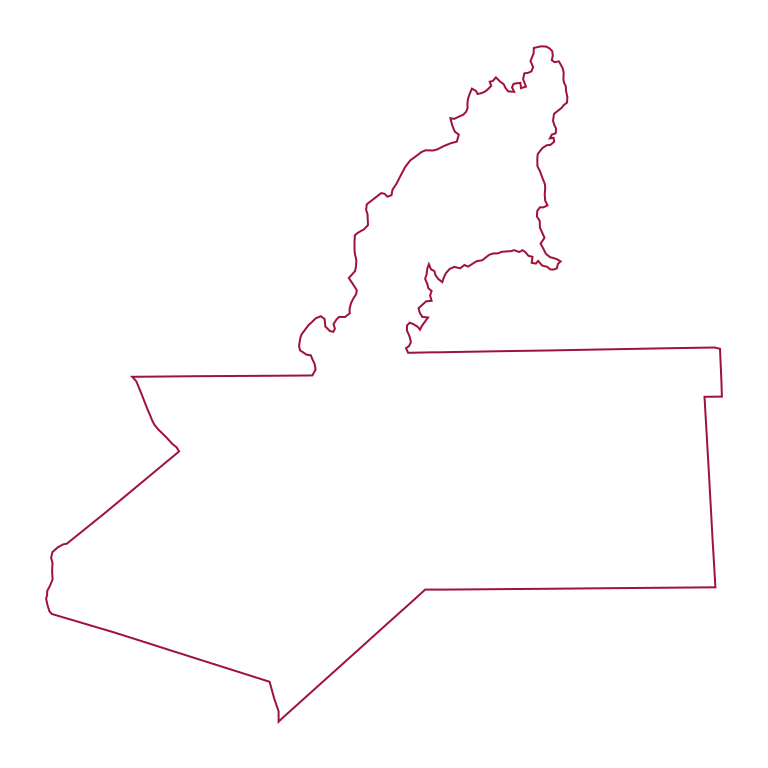 the district of Bacabal, Maranhão, Brazil
{"feature_id": "56859067B39031921407677", "entity_name": "Bacabal", "entity_type": "district", "adm_level": 2, "iso_a3": "BRA", "parent_name": "Brazil", "parent_adm1": "Maranhão", "projection": "natural_earth1", "projection_center": [-44.74, -4.12], "detail": "fine", "context": "isolated", "style": "outline", "palette": "rose", "viewbox_px": 768, "rotation_deg": 0, "n_neighbors": 0, "source": "geoboundaries", "source_scale": "gbopen_adm2", "svg_char_len": 3595}
<svg xmlns="http://www.w3.org/2000/svg" viewBox="0 0 768 768"><path d="M721.9,396.6L721.4,380.7L720.9,369.5L720.0,348.8L714.6,347.5L676.2,348.1L577.7,349.9L547.5,350.5L505.6,351.1L449.3,352.1L439.6,352.3L433.2,352.3L408.1,352.8L406.0,348.1L408.9,346.3L410.9,342.1L409.5,336.3L406.9,330.4L407.0,325.5L409.7,322.7L412.9,323.9L417.7,326.8L420.0,329.7L421.7,326.1L425.4,321.1L428.0,317.5L422.3,316.9L419.8,312.8L418.5,308.2L426.2,301.3L431.6,300.8L430.1,295.6L431.6,291.0L428.5,288.4L427.1,283.4L425.1,278.9L426.6,274.4L427.3,268.6L428.9,264.2L430.9,269.2L434.4,271.2L435.5,275.2L438.2,278.9L442.3,282.1L443.7,277.8L445.8,273.3L449.6,269.0L454.1,266.9L460.3,268.3L464.4,265.0L468.1,266.6L476.6,261.2L482.3,260.2L489.2,254.8L493.5,253.4L497.8,253.4L501.8,251.8L506.7,251.4L510.6,251.2L514.4,250.2L519.1,252.0L522.6,250.2L525.5,252.3L528.4,255.8L532.5,256.8L531.7,262.8L535.9,263.6L538.1,260.9L542.1,265.5L547.3,266.9L550.2,269.4L553.4,269.6L556.8,268.4L558.0,263.8L560.6,261.4L556.9,259.2L553.3,258.0L550.1,257.2L545.9,253.8L543.0,248.1L540.6,243.5L544.5,237.8L541.7,231.5L539.9,227.6L539.7,220.8L536.9,216.5L537.3,210.8L539.9,207.3L543.5,207.3L547.5,205.4L545.2,200.7L544.7,194.3L545.2,188.5L544.9,184.1L542.5,178.1L540.0,171.3L537.4,166.1L537.3,159.0L537.7,154.1L542.5,148.0L546.6,145.3L550.4,144.9L554.2,141.7L553.5,137.8L549.9,138.4L551.8,134.6L555.7,133.3L556.1,128.5L554.4,125.3L553.0,120.7L554.0,113.9L558.5,110.3L561.5,108.0L563.7,105.2L567.0,102.6L567.4,97.2L566.0,90.8L565.8,86.3L563.9,82.4L563.4,78.5L563.7,72.5L562.5,67.8L558.9,61.4L554.7,62.2L551.8,60.2L552.8,55.8L552.3,51.2L549.5,48.4L546.4,46.6L541.0,46.3L533.8,48.0L533.6,53.4L530.5,61.0L533.1,67.1L531.4,71.4L528.1,72.8L524.3,73.4L523.1,79.2L526.0,86.6L521.0,88.2L520.4,82.8L513.6,83.8L512.0,87.4L514.2,91.8L508.2,91.4L505.6,88.1L503.7,84.2L499.9,81.4L495.9,77.4L492.8,81.0L489.7,81.7L491.2,85.9L486.9,90.2L484.2,92.0L481.2,93.2L477.6,94.0L475.9,90.9L471.9,88.6L469.4,94.6L467.9,99.2L467.4,104.0L467.6,108.0L466.3,111.5L463.3,114.7L458.8,116.7L454.1,118.9L450.4,118.2L452.4,125.9L454.9,131.8L458.8,134.6L456.8,141.7L451.2,143.1L446.8,144.8L443.5,146.2L437.5,149.3L433.3,150.5L425.6,150.3L421.7,151.9L415.3,156.7L410.3,160.3L405.3,166.8L400.0,176.8L396.5,183.7L392.5,189.7L391.5,195.2L387.4,196.7L384.6,193.8L381.2,193.1L369.6,202.1L366.8,204.3L366.1,209.8L367.5,214.1L368.0,225.1L364.0,229.3L357.8,232.8L355.0,235.2L354.5,240.8L354.5,249.5L354.9,253.8L356.4,260.6L356.0,266.2L355.0,271.2L348.8,278.0L351.5,282.0L354.3,286.2L356.8,290.3L356.2,294.1L353.6,298.1L351.0,303.1L349.5,309.5L349.8,313.3L345.0,317.0L339.1,316.9L336.6,319.3L333.5,324.1L334.9,328.6L333.4,331.8L330.0,331.1L325.3,326.5L324.6,319.0L320.8,316.2L315.6,318.4L311.8,322.2L308.7,324.9L301.6,334.3L300.4,337.7L299.0,345.7L300.0,350.3L306.6,354.7L310.8,355.3L312.6,359.7L314.6,363.9L315.6,369.4L312.4,375.4L307.5,375.5L265.8,375.8L196.5,376.2L132.2,376.8L136.3,381.3L139.0,387.8L140.9,392.4L147.5,409.3L150.1,415.3L152.2,420.5L154.3,424.6L158.2,429.4L166.2,437.2L172.6,444.2L176.4,447.1L179.1,451.4L158.6,468.4L146.1,478.8L104.8,513.1L66.8,543.7L63.2,544.4L57.8,547.3L52.4,552.1L51.1,557.9L52.5,562.8L52.1,571.0L52.6,579.5L50.1,585.5L47.2,591.0L47.1,595.1L46.1,598.7L47.6,605.5L49.4,611.2L51.8,614.0L114.7,632.6L119.4,634.1L167.5,649.4L199.9,659.7L269.6,681.8L274.3,698.8L278.6,711.3L278.6,721.7L281.9,718.5L356.0,651.9L384.7,626.0L414.2,599.6L425.1,589.6L440.2,589.6L444.2,589.6L516.4,589.0L520.6,589.0L555.2,588.7L566.5,588.6L609.2,588.2L715.4,587.3L713.3,551.3L712.9,545.3L709.1,476.5L704.5,396.8L721.9,396.6Z" fill="none" stroke="#9f1239" stroke-width="2"/></svg>